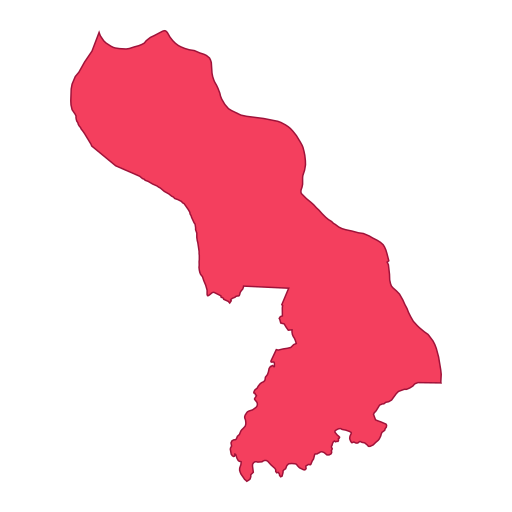 Talaigua Nuevo, Bolívar, Colombia (Natural Earth projection)
{"feature_id": "7082276B83153593074070", "entity_name": "Talaigua Nuevo", "entity_type": "district", "adm_level": 2, "iso_a3": "COL", "parent_name": "Colombia", "parent_adm1": "Bolívar", "projection": "natural_earth1", "projection_center": [-74.633, 9.309], "detail": "fine", "context": "isolated", "style": "filled", "palette": "rose", "viewbox_px": 512, "rotation_deg": 0, "n_neighbors": 0, "source": "geoboundaries", "source_scale": "gbopen_adm2", "svg_char_len": 6043}
<svg xmlns="http://www.w3.org/2000/svg" viewBox="0 0 512 512"><path d="M244.0,478.4L244.6,479.4L245.5,480.0L246.8,481.3L248.8,480.1L250.1,479.0L250.8,476.7L250.8,474.7L253.3,472.3L252.5,466.0L252.6,464.2L253.5,462.8L254.8,461.8L256.3,461.7L257.8,462.1L262.0,461.8L263.3,460.9L264.8,460.4L266.3,460.5L267.7,461.2L271.0,464.9L274.8,468.3L275.7,469.7L275.7,471.5L276.7,472.8L278.2,472.4L279.3,473.8L279.6,475.5L280.7,476.8L282.1,476.1L283.0,472.6L283.1,470.8L284.2,469.6L285.6,468.8L286.8,465.6L288.6,463.8L291.7,463.5L295.3,463.8L296.6,464.4L297.2,465.4L298.9,467.2L299.7,467.9L303.4,469.7L304.8,469.9L305.6,469.3L306.1,468.5L305.8,466.6L305.9,466.0L308.3,464.5L309.3,464.5L310.1,464.8L310.8,464.4L312.3,460.8L313.5,459.1L314.7,454.4L315.1,454.0L317.1,453.9L318.5,453.0L319.4,452.7L320.2,452.0L321.9,451.7L324.2,452.6L326.9,454.9L329.1,454.9L331.1,453.8L331.6,452.7L331.7,452.1L331.3,450.7L332.0,449.6L332.1,449.0L332.2,448.4L331.5,447.5L331.5,446.1L332.1,445.2L332.4,443.8L333.1,442.2L333.9,441.3L334.6,441.0L335.4,441.8L336.8,441.4L338.0,441.4L338.5,440.4L338.4,438.5L339.1,438.3L339.6,437.2L338.7,436.2L337.3,435.1L335.0,432.3L334.9,431.2L335.4,430.6L336.6,429.7L338.8,428.7L340.8,428.6L342.0,429.4L345.7,430.1L349.4,431.4L351.1,432.4L351.3,432.9L351.2,433.5L350.0,436.2L349.7,438.2L349.9,439.3L350.6,441.1L351.3,442.2L351.8,442.7L352.4,442.6L353.8,442.0L355.8,443.0L357.1,443.1L358.1,442.8L359.5,441.6L360.2,441.5L362.1,442.4L364.6,442.8L367.4,445.1L368.4,446.3L369.2,446.4L370.2,446.3L373.2,444.9L375.6,442.5L378.2,440.3L379.3,438.9L380.8,435.8L381.2,434.1L381.9,432.4L384.7,430.3L385.2,428.6L386.3,427.2L386.6,425.4L386.4,424.8L386.0,424.1L380.9,421.9L377.5,420.7L375.5,419.8L373.5,414.3L374.4,412.5L375.4,411.7L376.3,410.5L379.6,405.1L382.4,403.9L383.9,403.8L385.8,402.3L388.7,401.7L391.6,400.0L396.3,393.6L398.5,391.4L404.3,389.3L406.6,389.3L409.9,387.9L412.9,386.0L414.3,384.3L415.3,383.6L417.9,382.6L441.0,382.9L440.8,382.2L441.2,374.4L440.7,369.7L438.6,357.0L436.3,348.4L434.8,344.5L433.0,341.0L428.9,335.5L428.0,334.4L424.3,331.8L419.4,327.7L417.3,325.7L413.3,321.3L410.6,316.6L408.5,312.4L407.0,308.5L404.9,304.6L402.8,299.9L399.5,294.1L396.5,291.0L392.8,287.7L391.4,286.0L390.5,283.6L389.7,280.0L389.5,274.3L388.4,264.7L387.1,262.1L388.8,260.8L387.0,253.8L385.9,250.1L384.5,246.9L383.1,244.7L380.4,242.3L377.4,240.4L372.5,237.9L369.3,236.0L363.4,233.5L358.4,232.8L352.2,231.1L345.6,229.7L342.0,228.6L338.7,227.0L335.4,224.5L333.5,223.4L331.6,221.5L328.5,219.6L325.7,217.3L322.0,213.6L318.9,210.1L316.2,207.6L313.7,204.8L310.9,202.3L306.4,198.6L301.4,193.6L301.0,192.5L300.9,191.3L301.1,189.8L302.0,187.2L302.6,184.2L302.6,177.8L302.8,175.7L304.6,170.1L305.5,164.8L305.4,160.8L304.8,155.3L304.0,151.4L303.0,147.5L302.1,145.3L300.4,142.2L296.4,135.6L292.9,131.2L290.4,128.5L288.2,126.7L285.5,124.9L281.0,122.5L277.8,121.3L263.7,118.5L246.5,116.3L240.9,115.1L231.6,110.6L228.5,108.7L224.8,104.4L221.7,99.1L220.5,96.1L219.8,93.1L218.0,88.4L216.5,85.2L214.7,82.1L213.9,80.3L212.7,76.7L212.0,73.1L211.3,62.5L210.5,60.0L209.5,58.0L206.5,55.5L204.0,54.3L199.7,52.9L194.4,50.6L189.3,49.8L184.9,48.5L181.0,46.9L178.3,45.5L175.4,43.3L172.6,40.5L169.9,37.0L167.5,32.8L166.6,31.7L165.6,30.9L164.3,30.7L162.6,31.2L154.2,35.6L150.4,37.4L146.3,40.6L144.3,43.1L141.7,44.5L138.7,45.7L134.3,46.9L129.3,48.5L126.1,49.0L119.5,48.6L115.3,48.0L113.3,47.4L110.9,46.2L106.0,43.0L103.7,40.8L100.4,35.9L99.7,34.2L99.1,32.4L92.0,51.1L84.6,62.0L78.9,72.2L75.3,76.5L72.1,84.1L71.2,89.0L70.8,100.7L71.0,104.9L72.1,109.7L75.0,114.0L76.0,115.8L76.0,117.8L76.3,119.5L76.8,121.2L77.8,122.6L78.3,124.4L79.3,126.1L80.5,127.5L81.3,129.2L82.5,130.6L84.5,133.5L91.0,144.2L91.7,146.0L115.7,165.8L139.8,176.3L142.5,178.6L144.0,179.1L145.2,180.3L148.2,181.4L152.6,184.0L157.1,186.0L158.6,187.1L160.3,188.0L164.3,191.4L168.8,193.9L171.7,196.2L173.5,197.1L174.7,198.5L177.9,199.6L181.4,201.4L182.6,202.8L184.1,203.6L188.1,209.3L189.8,212.2L190.1,214.0L191.1,215.7L191.6,217.4L194.1,222.8L195.1,224.2L195.6,227.7L195.6,229.7L196.8,233.1L196.8,237.4L197.3,240.8L197.8,242.5L199.1,251.4L199.1,253.7L199.3,255.4L199.3,259.7L199.1,261.6L199.2,265.1L199.0,267.4L199.3,270.0L199.8,272.3L200.5,274.1L201.6,275.7L202.4,276.5L203.8,280.7L205.7,285.2L207.1,290.2L207.1,294.5L207.5,295.6L207.9,295.8L209.2,295.1L212.3,292.6L213.5,292.3L214.1,292.4L220.9,295.8L221.0,296.8L221.3,297.4L222.4,297.5L223.6,298.6L223.7,299.3L228.3,301.4L229.7,303.0L231.1,301.0L231.2,300.7L230.7,300.2L230.6,299.9L231.2,299.2L232.4,298.3L235.1,297.2L235.7,296.5L237.3,296.0L238.8,295.9L239.3,295.4L239.7,294.4L240.2,292.4L241.3,290.7L242.7,289.1L243.4,287.2L243.5,286.1L288.7,288.2L281.8,304.7L282.6,305.5L282.3,307.9L282.4,315.9L280.4,316.6L279.2,318.4L279.8,319.5L280.7,322.9L281.0,322.8L281.9,323.4L283.7,323.7L284.3,324.1L286.2,327.3L288.3,330.2L292.0,329.8L292.0,332.2L292.4,334.5L293.3,336.6L294.2,337.9L295.1,339.8L296.3,343.5L293.7,344.6L291.2,347.1L290.6,347.5L287.3,348.3L283.3,348.9L278.2,350.1L276.3,349.6L270.9,361.1L271.0,361.8L271.4,362.1L273.6,362.0L274.1,362.3L274.4,363.1L274.4,366.5L274.2,366.7L273.9,366.7L272.5,365.5L272.0,365.7L271.3,366.5L270.5,366.4L269.1,368.5L268.4,371.9L267.5,374.5L265.4,377.2L265.1,379.6L264.6,380.7L263.6,381.7L261.5,382.7L260.1,383.8L258.2,386.2L257.2,388.1L255.0,389.8L254.1,391.4L253.8,392.5L253.9,393.0L255.1,393.4L255.4,394.8L256.3,395.2L256.5,395.5L256.4,395.9L254.7,398.4L254.5,399.0L254.7,399.5L256.8,402.1L257.2,402.9L257.4,404.7L256.9,406.3L256.0,407.4L252.5,409.9L249.0,411.0L247.5,411.8L246.8,412.6L245.2,415.1L244.7,416.6L244.7,417.8L245.5,420.0L245.8,422.3L245.8,424.1L245.2,426.2L243.0,428.6L241.9,429.6L240.8,431.1L239.4,434.5L237.4,436.3L236.5,438.6L235.8,439.5L235.4,439.7L233.6,439.9L231.9,440.9L231.0,442.9L231.6,446.0L230.5,448.1L230.3,449.2L231.2,454.2L232.3,455.7L233.5,456.5L234.3,456.3L234.7,455.7L234.8,454.1L235.5,454.3L235.8,454.7L236.9,458.1L238.2,460.5L239.3,461.3L240.8,461.6L241.2,461.8L241.2,462.3L240.9,464.6L239.7,468.1L239.6,470.2L240.2,472.2L241.0,474.1L244.0,478.4Z" fill="#f43f5e" stroke="#9f1239" stroke-width="1.5"/></svg>